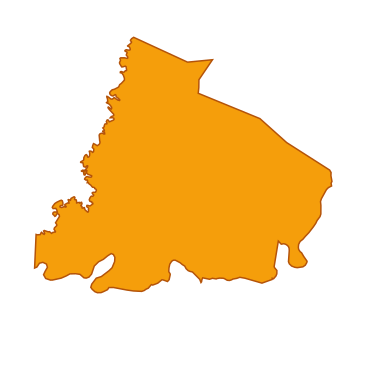 outline of San Jorge Nuchita, Oaxaca, Mexico, rotated 290°
{"feature_id": "50627088B4984202667575", "entity_name": "San Jorge Nuchita", "entity_type": "district", "adm_level": 2, "iso_a3": "MEX", "parent_name": "Mexico", "parent_adm1": "Oaxaca", "projection": "orthographic", "projection_center": [-98.098, 17.686], "detail": "fine", "context": "isolated", "style": "filled", "palette": "amber", "viewbox_px": 384, "rotation_deg": 290, "n_neighbors": 0, "source": "geoboundaries", "source_scale": "gbopen_adm2", "svg_char_len": 5779}
<svg xmlns="http://www.w3.org/2000/svg" viewBox="0 0 384 384"><g transform="rotate(290 192 192)"><path d="M268.1,87.3L265.9,87.2L265.0,86.7L262.0,83.9L260.7,82.0L258.2,80.8L257.0,80.7L256.0,81.3L255.3,82.4L255.0,84.2L255.4,85.1L257.2,86.4L257.2,87.0L256.9,87.4L256.1,87.8L255.5,88.4L254.8,90.9L253.8,92.7L253.2,92.6L253.0,90.9L254.1,86.5L252.8,85.9L251.9,85.1L251.7,84.0L252.8,80.3L252.8,79.3L252.3,79.3L250.6,80.7L247.8,82.1L247.3,81.3L246.7,81.1L246.5,81.8L246.4,83.6L245.6,85.4L244.2,87.4L243.2,87.9L242.4,87.8L242.5,87.0L243.3,84.4L242.9,84.1L242.3,84.4L241.2,86.1L238.4,91.6L237.6,92.2L237.0,92.2L235.7,91.0L235.4,90.4L233.8,89.8L234.6,91.9L234.6,92.8L234.5,93.4L233.5,93.9L232.7,93.6L229.9,90.6L229.7,90.2L230.8,89.0L231.0,88.4L230.9,88.0L230.6,87.6L228.8,87.4L227.9,88.3L227.4,88.6L226.9,88.6L226.4,87.3L226.0,86.9L224.6,86.8L223.4,87.2L221.7,86.3L220.6,88.0L219.6,88.7L218.7,87.3L218.3,87.4L218.1,88.9L217.7,89.7L216.7,90.1L216.3,89.3L216.6,88.0L216.1,86.6L215.3,85.7L214.5,85.4L213.7,85.3L208.6,87.7L207.5,88.5L205.8,88.7L204.9,88.4L203.1,87.1L203.7,84.3L203.8,82.9L201.7,82.8L199.7,83.1L199.1,84.5L198.7,85.1L196.2,85.7L195.2,85.0L195.8,83.8L195.7,82.4L195.3,81.6L194.9,81.6L193.8,82.5L192.4,83.0L191.1,83.3L190.0,83.2L189.2,82.6L189.1,82.2L189.2,81.9L190.3,81.1L190.9,80.3L191.0,79.9L190.7,79.5L189.6,78.9L187.4,78.6L185.3,79.2L184.7,79.1L182.2,77.1L181.8,77.2L181.7,77.5L182.1,79.4L181.9,79.7L179.0,81.4L178.8,81.8L178.9,83.4L180.6,84.2L180.9,84.6L180.9,85.0L180.1,85.3L179.0,85.2L176.3,84.0L176.5,85.1L176.2,85.9L175.1,86.1L175.3,85.0L175.3,82.2L175.1,81.7L173.9,80.9L173.7,81.1L174.1,83.1L173.9,83.6L172.9,83.6L171.4,84.5L171.1,85.0L171.5,85.7L172.1,85.8L173.2,85.4L173.6,85.9L173.6,86.9L173.0,88.3L173.0,92.0L172.8,92.3L171.9,92.4L171.3,91.9L171.1,90.7L170.7,90.1L170.8,88.6L170.2,87.5L168.7,86.8L167.6,86.6L167.3,86.7L166.9,88.3L167.4,89.4L167.2,89.8L166.5,90.2L164.9,90.3L165.3,91.4L164.5,92.3L163.9,94.4L162.8,96.2L162.5,96.9L162.8,98.4L162.6,99.1L161.9,99.5L161.9,100.4L161.3,101.4L160.5,101.6L158.9,101.4L158.6,101.0L157.9,99.1L156.9,98.5L156.1,99.5L155.6,100.6L155.1,100.7L154.0,100.2L153.8,99.1L153.3,98.6L151.5,98.1L149.6,98.1L148.5,99.0L148.2,99.9L148.5,100.3L148.5,101.1L147.7,101.6L147.6,102.6L146.9,102.9L144.2,101.1L143.9,100.6L143.8,98.6L143.4,97.8L142.5,97.9L142.1,98.3L141.9,99.3L141.5,100.1L140.9,100.6L140.2,100.6L138.7,101.3L137.6,101.2L137.4,100.7L138.6,97.7L139.4,96.9L140.0,96.7L140.5,96.2L140.3,95.7L139.5,95.0L139.4,94.2L140.8,93.5L141.0,93.1L141.0,92.5L141.3,92.2L143.3,92.7L144.5,91.8L144.5,91.4L143.4,90.8L143.1,90.4L143.7,89.6L142.3,87.3L143.8,86.7L144.9,86.0L145.1,85.6L144.7,84.7L144.9,84.3L145.1,84.1L146.9,83.8L147.2,82.9L146.9,82.5L144.6,80.5L142.7,80.6L142.7,78.7L142.3,78.3L140.3,79.8L139.4,80.1L139.2,78.9L136.8,76.8L136.1,77.1L135.3,78.7L134.7,78.6L134.5,77.9L134.8,77.2L133.2,75.4L132.7,74.5L132.7,73.2L133.1,72.8L134.1,73.0L134.5,73.5L135.2,75.0L136.0,75.0L137.8,74.3L139.4,73.1L139.6,72.1L139.0,71.2L136.1,68.4L134.2,67.0L130.9,66.0L129.7,66.0L128.9,67.2L130.0,69.6L128.9,71.1L127.1,72.3L126.2,69.6L125.5,68.7L124.4,68.5L123.5,68.9L122.9,70.3L122.2,71.5L122.9,72.1L125.7,72.6L125.6,73.7L125.1,75.0L123.8,75.8L116.4,74.3L115.3,75.9L114.2,76.4L111.2,75.0L109.8,75.1L108.3,77.1L107.9,77.3L107.6,77.2L107.4,76.4L106.7,75.8L106.6,75.2L105.1,74.2L106.0,71.6L105.4,70.4L105.3,66.3L104.6,65.9L102.5,67.8L101.6,67.5L101.8,66.3L102.7,64.4L102.1,64.1L100.1,64.0L98.9,61.4L98.8,60.0L66.7,70.1L68.4,71.9L72.9,73.0L74.9,75.9L74.5,79.9L71.8,81.9L67.1,81.1L63.5,80.8L60.7,84.1L60.8,89.1L61.6,91.1L66.3,98.5L70.2,102.6L73.3,105.3L75.4,110.6L76.3,114.9L74.4,119.8L74.9,122.0L76.8,124.3L80.5,125.7L89.0,125.5L94.5,128.1L98.5,131.8L103.1,134.5L106.5,137.1L106.4,139.5L104.2,141.9L100.1,143.1L93.5,142.8L89.6,140.9L81.5,135.7L78.3,131.5L71.1,129.3L67.8,129.5L66.4,131.5L65.1,134.8L65.0,137.5L66.3,140.9L68.1,142.9L71.3,146.0L73.8,146.6L75.4,150.8L77.6,164.3L79.0,170.9L81.4,178.7L83.1,180.8L85.1,182.2L86.6,183.8L91.1,185.5L91.1,186.9L94.6,191.0L99.3,193.8L99.5,195.3L99.5,199.6L101.7,200.5L106.9,199.8L107.9,199.2L108.5,198.2L109.5,197.3L112.9,196.3L116.6,195.8L119.6,196.5L120.9,197.2L121.8,198.3L122.2,199.8L121.5,205.0L120.5,207.7L119.9,210.5L117.9,212.7L116.8,215.3L116.7,217.3L117.0,219.8L112.6,229.1L110.0,231.4L110.9,231.7L112.9,231.3L115.0,231.4L116.0,238.3L117.9,240.7L118.6,244.5L119.1,244.9L120.5,247.3L121.6,250.7L121.7,251.9L121.1,255.3L121.7,257.5L122.9,259.1L124.3,260.4L126.1,263.5L128.2,266.1L129.1,271.2L130.3,288.9L137.2,297.2L138.4,296.9L138.3,298.3L141.7,299.6L144.1,299.7L147.3,298.6L149.1,295.5L150.0,294.7L175.4,289.9L173.5,293.7L174.8,296.0L174.9,298.0L174.4,300.0L173.6,301.4L172.3,302.5L170.3,303.4L159.5,306.5L157.8,308.0L156.5,310.9L156.4,314.3L156.9,316.8L159.6,321.8L162.0,323.5L164.9,324.0L166.3,323.8L169.6,319.1L172.4,315.7L172.9,314.0L174.6,311.8L176.5,310.8L179.3,310.1L182.5,310.5L185.6,312.4L188.9,313.6L193.7,315.7L200.9,318.0L204.9,319.0L208.0,319.3L212.6,320.7L215.4,320.6L223.5,317.7L227.0,316.0L230.0,315.9L240.2,317.5L242.8,318.7L245.4,321.1L247.8,319.7L249.8,319.9L254.8,317.0L257.9,316.0L259.7,313.8L270.8,264.1L284.2,230.7L286.9,164.1L292.4,162.7L299.9,160.1L323.3,166.0L312.5,143.4L317.4,84.3L315.4,82.8L313.7,82.3L313.2,82.4L312.3,83.9L311.6,83.9L309.6,83.0L307.3,81.5L307.1,81.6L307.0,82.2L307.0,83.2L306.6,83.9L305.5,84.9L304.8,85.2L304.1,85.0L303.7,84.2L303.2,81.5L302.1,80.6L301.5,80.9L301.2,83.0L300.6,83.4L298.6,83.3L298.1,83.5L297.1,85.3L296.0,85.8L295.4,85.4L295.0,82.7L293.7,79.1L292.9,78.6L291.2,79.8L288.9,79.6L287.9,80.1L285.5,83.1L285.8,84.0L287.4,86.2L287.3,87.1L284.2,88.9L283.7,88.9L283.2,87.9L281.5,87.2L281.1,86.6L281.0,84.2L280.5,83.6L279.6,83.8L279.7,85.5L278.4,87.4L275.9,89.5L274.0,90.2L270.0,88.5L268.1,87.3Z" fill="#f59e0b" stroke="#b45309" stroke-width="1.5"/></g></svg>